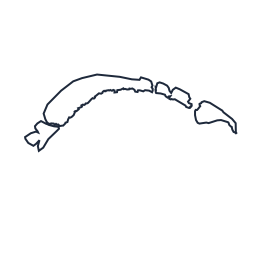 outline of Nukuoro, Federated States of Micronesia, rotated 232°
{"feature_id": "79324940B42418796879204", "entity_name": "Nukuoro", "entity_type": "district", "adm_level": 2, "iso_a3": "FSM", "parent_name": "Federated States of Micronesia", "parent_adm1": "", "projection": "orthographic", "projection_center": [154.968, 3.838], "detail": "fine", "context": "isolated", "style": "outline", "palette": "slate", "viewbox_px": 256, "rotation_deg": 232, "n_neighbors": 0, "source": "geoboundaries", "source_scale": "gbopen_adm2", "svg_char_len": 2533}
<svg xmlns="http://www.w3.org/2000/svg" viewBox="0 0 256 256"><g transform="rotate(232 128 128)"><path d="M196.1,79.0L191.3,70.4L185.9,68.3L182.7,67.7L180.7,68.0L179.2,69.0L179.0,70.2L177.2,72.2L176.3,72.2L175.6,72.8L175.6,73.8L174.3,74.1L173.7,75.2L171.6,75.4L170.3,77.7L169.8,78.4L170.2,81.5L170.7,82.0L170.0,83.9L171.7,86.2L172.6,88.2L171.8,88.7L171.4,90.2L171.6,93.1L173.1,95.8L173.8,96.0L173.8,96.9L173.0,97.7L173.1,100.7L174.3,100.9L173.2,104.0L173.2,104.9L174.5,105.2L174.2,106.9L173.2,107.5L173.0,108.7L173.4,109.7L172.7,110.6L172.4,112.0L173.3,117.2L173.3,118.5L172.2,119.2L172.3,120.8L173.2,121.2L173.1,122.4L173.2,126.4L171.6,128.0L171.4,129.4L172.1,130.4L172.0,132.1L171.1,132.4L170.7,133.1L171.0,133.6L169.8,135.9L169.3,136.1L168.9,136.7L168.9,137.4L167.2,138.3L167.1,139.8L165.9,140.5L164.3,139.2L163.0,141.4L164.4,142.9L162.7,145.7L162.1,148.7L161.2,148.6L160.7,149.7L158.9,151.0L157.8,152.6L158.2,153.4L157.3,154.1L156.4,155.8L154.1,156.6L152.2,156.1L150.5,157.7L151.5,159.1L150.4,160.5L147.5,162.6L147.3,164.7L144.5,167.6L141.4,169.0L142.2,170.4L143.7,171.6L145.6,171.7L146.4,173.4L150.4,174.9L153.5,173.9L159.9,169.4L158.9,166.7L164.0,161.0L173.4,153.0L189.2,136.5L195.6,122.5L198.5,113.6L198.6,98.3L196.1,79.0ZM83.7,213.0L97.5,208.0L102.2,204.6L103.0,201.9L102.5,201.0L103.0,199.3L102.2,198.6L100.8,198.4L100.0,195.3L99.7,193.5L100.6,192.5L100.0,191.2L96.8,188.7L92.4,186.5L89.2,186.1L87.5,187.0L84.1,193.0L82.2,194.6L79.1,203.0L77.0,206.2L71.1,210.3L70.4,210.5L68.0,209.7L65.8,210.0L65.0,210.4L62.5,209.2L59.9,208.8L58.6,209.6L57.4,209.8L57.4,210.3L58.3,210.4L65.5,215.8L71.0,215.6L81.6,212.9L83.7,213.0ZM169.2,45.8L164.9,43.7L164.7,49.1L168.3,58.4L169.5,70.1L169.9,73.1L171.5,74.0L172.9,72.8L174.8,70.8L177.1,69.1L179.2,67.5L180.7,66.8L181.7,66.1L187.0,63.7L187.4,59.4L186.7,55.8L184.7,54.7L181.0,54.7L179.8,54.4L181.8,53.3L183.7,48.2L184.2,41.3L182.7,40.5L177.6,40.2L172.2,42.5L172.1,45.8L172.9,50.7L169.2,45.8ZM141.0,173.1L138.8,171.8L138.2,171.7L135.1,175.0L131.5,177.6L129.8,177.2L127.5,177.9L127.4,178.9L127.8,179.5L127.0,180.9L126.4,178.9L125.6,178.5L124.2,179.3L124.1,180.0L122.8,181.0L121.8,182.6L110.3,187.1L108.8,186.8L106.1,188.5L105.7,189.4L106.0,189.9L106.4,190.0L106.5,190.8L106.0,191.1L106.3,191.9L107.7,192.8L110.1,191.3L111.8,191.5L112.7,195.1L114.4,195.2L117.4,196.6L126.7,192.6L130.4,190.5L130.5,186.8L129.0,183.6L131.7,183.6L134.6,184.8L137.3,184.9L141.4,183.1L144.5,181.0L145.2,178.6L142.9,175.4L143.4,175.1L140.8,173.4L141.0,173.1Z" fill="none" stroke="#1e293b" stroke-width="2"/></g></svg>